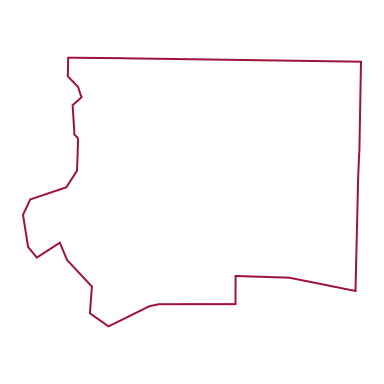 Forsyth, North Carolina, United States of America (Equal Earth projection)
{"feature_id": "52423323B50145770853492", "entity_name": "Forsyth", "entity_type": "district", "adm_level": 2, "iso_a3": "USA", "parent_name": "United States of America", "parent_adm1": "North Carolina", "projection": "equal_earth", "projection_center": [-80.334, 36.117], "detail": "fine", "context": "isolated", "style": "outline", "palette": "rose", "viewbox_px": 384, "rotation_deg": 0, "n_neighbors": 0, "source": "geoboundaries", "source_scale": "gbopen_adm2", "svg_char_len": 656}
<svg xmlns="http://www.w3.org/2000/svg" viewBox="0 0 384 384"><path d="M361.0,61.7L125.4,58.3L123.1,58.2L68.2,57.7L67.8,76.3L78.2,87.1L80.4,94.2L80.5,94.6L81.4,96.6L81.6,97.2L72.6,105.2L74.2,129.9L74.3,134.4L77.1,137.2L77.5,137.6L77.9,139.0L78.1,140.1L77.0,170.7L66.3,187.3L30.3,199.4L23.0,214.8L28.1,247.0L36.8,257.6L59.8,242.7L67.1,260.1L91.9,286.5L89.9,313.3L107.7,325.8L108.5,326.3L111.1,325.1L114.2,323.6L143.3,309.2L149.4,306.2L158.9,304.2L218.3,304.1L235.5,304.1L235.5,297.3L235.5,293.1L235.6,276.0L289.2,277.7L355.5,291.0L358.2,176.1L358.7,164.6L358.8,161.8L358.9,159.6L359.4,150.2L361.0,61.7Z" fill="none" stroke="#9f1239" stroke-width="2"/></svg>